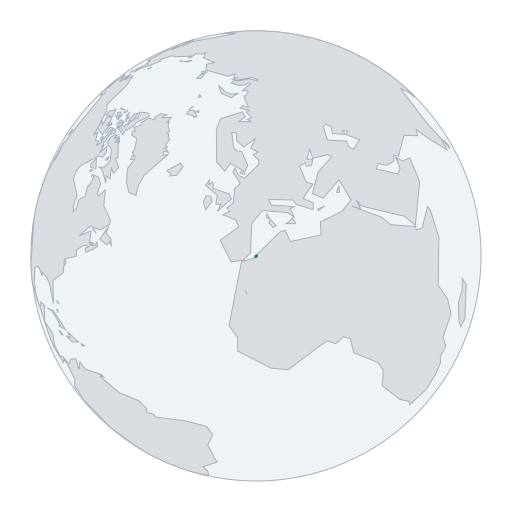 Aïn Témouchent highlighted on a globe, orthographic projection, rotated 331°
{"feature_id": "DZA-2144", "entity_name": "Aïn Témouchent", "entity_type": "Province", "adm_level": 1, "iso_a3": "DZA", "parent_name": "Algeria", "parent_adm1": "", "projection": "orthographic", "projection_center": [-1.072, 35.355], "detail": "fine", "context": "on_globe", "style": "filled", "palette": "green", "viewbox_px": 512, "rotation_deg": 331, "n_neighbors": 0, "source": "natural_earth", "source_scale": "10m", "svg_char_len": 9986}
<svg xmlns="http://www.w3.org/2000/svg" viewBox="0 0 512 512"><g transform="rotate(331 256 256)"><circle cx="256" cy="256" r="225" fill="#eef3f6" stroke="#a8b0b8"/><path d="M76.9,119.4L86.6,107.5L93.4,100.0L95.9,97.6L112.5,82.5L130.9,70.9L125.3,75.0L130.3,72.3L137.8,67.3L141.4,64.7L169.0,53.0L194.8,42.9L199.4,40.0L201.1,40.9L207.5,36.4L219.2,33.8L208.1,36.7L208.6,37.2L217.7,35.0L220.1,35.1L225.9,34.3L228.1,34.8L221.5,37.1L222.7,37.7L229.0,36.2L235.2,36.2L225.7,38.2L235.5,38.6L226.1,44.0L199.1,51.2L195.9,56.6L173.5,71.1L177.6,70.9L171.7,77.1L174.3,79.5L169.4,82.1L175.6,81.8L179.6,79.1L183.7,78.2L185.6,79.5L179.7,82.8L177.9,82.6L177.1,84.3L173.3,85.5L176.3,85.7L168.9,89.9L178.9,87.8L175.2,93.0L169.6,95.3L166.8,92.2L146.6,92.0L140.0,94.4L133.6,100.2L128.8,116.6L122.9,120.9L117.5,128.6L122.3,127.2L128.2,120.8L135.7,120.8L142.1,113.5L146.1,112.7L154.0,106.9L156.5,111.0L154.6,118.3L148.1,123.5L147.1,127.1L156.2,125.1L147.1,138.4L146.1,153.8L143.3,157.3L132.6,157.7L125.0,149.6L111.1,152.5L123.8,154.2L116.7,163.7L117.0,167.0L119.6,168.8L123.7,166.8L122.0,171.1L108.9,170.4L110.2,166.5L114.3,166.5L110.8,163.1L101.8,163.7L98.9,169.0L88.5,166.1L86.3,170.0L82.8,172.0L87.0,165.7L79.2,177.2L66.6,179.0L55.7,199.6L62.4,178.8L62.3,172.2L61.3,166.6L59.4,169.8L60.6,159.4L57.2,158.8L49.2,171.6L43.5,186.3L42.8,195.8L45.7,191.8L47.0,197.0L39.5,210.4L40.6,224.4L36.7,236.8L36.1,247.1L38.3,250.9L40.1,260.1L43.7,256.3L48.4,258.5L46.1,269.7L50.6,263.2L52.0,272.2L62.8,284.3L61.3,285.9L70.1,309.2L83.3,325.7L86.3,336.1L84.4,339.7L89.8,344.7L89.9,348.0L114.7,366.5L130.1,380.9L131.4,391.4L122.1,398.1L122.0,417.4L107.6,414.6L109.5,421.0L108.1,424.9L98.6,416.9L107.2,425.0L106.9,424.9L91.9,410.3L78.3,394.5L66.2,377.4L57.9,361.9L53.5,352.6L45.5,335.2L35.3,297.8L35.3,290.0L34.3,282.3L37.9,275.0L38.7,258.2L37.9,253.2L36.0,255.8L35.1,236.4L37.2,221.7L47.1,171.7L50.9,162.8L55.3,153.9L80.7,114.6L64.1,138.1L76.9,119.4ZM52.2,205.7L53.8,227.8L49.8,221.8L51.1,221.4L51.4,214.3L50.8,204.7L48.2,200.3L52.2,205.7ZM59.9,200.5L59.4,197.6L60.3,199.6L59.9,200.5ZM142.6,63.7L137.7,67.3L130.0,72.0L133.9,69.0L142.6,63.7ZM157.5,56.0L155.9,57.3L150.3,59.4L153.0,58.0L157.5,56.0ZM202.1,38.3L197.6,39.7L201.1,38.4L202.1,38.3ZM226.4,34.1L226.9,33.8L229.7,33.6L226.4,34.1ZM152.1,105.1L153.0,106.0L151.1,106.6L152.1,105.1ZM154.7,101.9L151.8,102.0L152.6,100.5L154.4,100.5L154.7,101.9ZM235.5,34.3L239.8,34.3L234.3,34.6L235.5,34.3ZM158.1,102.2L154.4,97.9L155.9,95.4L163.8,93.3L158.1,102.2ZM241.6,34.6L252.2,35.3L254.2,34.4L254.5,37.7L245.4,35.8L238.2,36.1L242.1,35.3L241.6,34.6ZM180.1,77.7L175.9,80.6L177.7,77.1L180.1,77.7ZM180.2,75.7L179.7,67.0L186.8,63.6L185.5,67.0L193.3,62.1L197.0,64.7L193.5,68.0L188.2,69.5L193.7,69.4L180.2,75.7ZM252.9,39.8L254.5,40.5L251.6,40.2L252.9,39.8ZM185.5,77.6L184.7,75.9L190.8,72.8L193.4,75.6L190.6,75.7L185.5,77.6ZM193.5,59.8L198.5,58.2L202.8,59.8L205.3,59.5L197.7,64.5L193.5,59.8ZM190.2,77.0L194.5,77.1L193.4,79.9L186.6,79.0L190.2,77.0ZM191.3,71.0L194.3,69.7L193.5,71.3L191.3,71.0ZM191.7,90.3L190.7,88.0L193.8,86.2L191.7,90.3ZM196.2,77.0L196.6,76.1L197.7,75.2L200.3,75.9L196.2,77.0ZM201.3,65.4L202.0,66.6L204.6,63.4L208.0,64.8L202.3,68.0L206.2,67.2L207.2,67.7L201.3,69.9L201.3,65.4ZM206.2,74.0L200.0,79.1L201.2,83.5L198.5,85.2L197.1,77.9L206.2,74.0ZM203.9,71.3L204.7,73.3L200.9,74.2L198.0,73.5L203.9,71.3ZM212.4,64.7L208.7,61.7L210.1,61.2L212.4,64.7ZM207.3,75.0L208.7,73.8L207.8,75.2L207.3,75.0ZM211.6,67.6L210.1,66.5L211.8,65.9L211.6,67.6ZM212.9,72.4L210.9,74.0L208.9,73.4L212.9,72.4ZM212.9,70.0L215.5,69.4L209.3,72.3L212.0,69.6L212.9,70.0ZM213.4,67.1L213.9,66.4L213.8,67.7L213.4,67.1ZM221.8,73.9L214.5,77.6L210.0,76.3L217.7,72.8L221.8,73.9ZM308.1,36.8L304.3,36.6L281.9,34.8L291.7,35.3L291.8,36.0L296.7,36.9L303.4,37.6L302.8,37.1L325.3,44.7L346.0,51.7L339.0,47.7L340.1,47.5L355.4,53.8L370.0,61.7L383.9,70.6L397.2,80.4L404.5,86.7L399.2,82.4L408.5,90.7L410.9,92.6L406.1,88.0L417.5,99.0L428.2,110.7L438.0,123.2L446.9,136.3L454.8,150.0L461.8,164.3L467.7,179.0L472.6,194.0L469.3,184.6L471.6,193.8L469.0,186.9L463.5,179.7L465.5,192.8L470.2,224.4L474.8,243.2L474.7,256.0L464.8,238.6L457.4,223.2L455.7,229.1L443.9,222.3L429.0,237.6L425.2,234.4L422.8,239.7L414.2,240.1L407.8,234.4L403.4,238.2L420.0,253.1L424.6,249.0L426.1,237.2L430.0,243.7L438.1,244.9L435.1,270.6L410.2,306.4L405.1,293.2L372.0,263.0L371.5,257.8L371.2,257.3L370.7,256.5L370.4,265.3L363.8,258.8L384.4,282.5L389.1,294.0L409.9,307.6L408.6,310.8L414.5,312.3L430.1,295.9L430.7,300.7L425.1,328.1L401.1,370.1L402.8,386.2L398.5,401.2L380.2,417.6L378.4,426.7L368.4,433.5L365.6,438.8L355.7,446.5L340.4,455.1L318.1,460.8L319.4,457.2L312.2,451.1L303.5,430.5L311.9,417.6L311.1,408.3L294.6,388.0L298.4,374.0L293.3,368.8L283.3,371.4L277.1,364.9L270.7,365.3L229.0,371.1L214.7,361.3L193.9,330.1L200.3,318.5L198.7,303.8L240.5,254.0L252.5,256.7L288.9,246.4L294.0,247.6L293.0,260.0L323.1,269.1L328.8,257.5L352.6,258.6L366.4,253.2L365.4,229.6L342.8,238.0L335.6,228.7L351.0,212.7L370.2,206.0L368.0,202.2L353.1,198.1L354.7,188.6L347.6,196.1L352.6,198.9L348.3,203.9L343.5,201.7L344.2,198.3L337.6,198.7L335.8,215.8L340.6,220.6L325.1,228.4L331.7,237.2L328.5,243.1L316.2,230.5L315.2,224.8L294.6,212.6L294.2,219.1L313.6,231.4L308.8,231.2L308.4,241.1L304.9,233.5L283.9,219.3L268.0,225.5L252.6,250.8L242.3,253.4L231.5,249.1L232.2,224.9L255.1,222.0L255.7,214.3L246.9,203.9L254.6,204.2L253.8,199.9L262.1,198.5L269.6,187.0L277.4,184.7L276.4,171.5L280.3,168.8L279.8,177.2L283.6,182.3L302.4,177.5L304.9,174.0L302.7,166.0L308.2,166.1L303.7,159.0L312.6,153.1L298.0,154.7L295.1,146.3L298.3,138.4L294.7,136.2L289.4,149.1L289.7,154.2L294.2,157.9L292.6,173.0L287.0,176.7L278.7,162.6L269.8,166.7L267.2,154.7L282.9,125.7L291.5,118.8L313.9,123.4L314.2,129.1L306.3,130.1L317.2,136.3L314.6,132.3L319.2,132.7L317.5,125.5L320.6,125.4L313.7,118.9L317.4,118.1L321.7,122.2L322.4,111.7L328.9,108.7L327.6,106.4L324.3,104.9L334.8,102.5L333.3,101.0L329.3,101.1L323.8,98.3L318.1,92.6L322.1,92.1L324.7,94.1L336.0,97.8L342.2,103.6L343.3,102.9L338.8,97.8L325.0,93.1L320.4,89.9L327.0,91.3L324.3,90.5L323.3,88.8L326.0,86.8L318.7,85.1L302.3,69.1L305.8,64.3L313.5,66.8L306.2,57.0L310.8,53.6L307.1,53.5L301.1,49.6L299.5,50.6L297.3,50.3L281.2,42.2L280.4,40.4L269.3,38.1L267.4,38.2L267.3,39.3L254.5,37.7L254.2,34.4L258.6,34.1L255.5,32.7L265.8,32.7L272.9,32.4L286.0,34.0L290.5,34.1L288.7,33.6L293.5,33.9L301.2,35.3L308.1,36.8ZM229.9,280.6L229.6,285.1L229.9,280.6ZM393.3,210.0L403.0,204.5L393.8,193.7L396.7,190.9L392.5,188.5L393.1,193.0L382.1,185.9L384.5,179.3L380.8,174.2L377.4,175.9L374.7,189.4L390.5,199.2L390.3,206.2L393.3,210.0ZM63.2,284.6L64.2,288.2L62.2,286.3L63.2,284.6ZM47.7,225.3L48.7,228.3L48.8,231.4L47.6,229.9L47.7,225.3ZM60.8,247.9L62.8,251.8L60.0,249.6L60.8,247.9ZM54.4,231.0L59.1,245.1L53.8,242.3L51.1,233.6L53.9,236.9L54.4,231.0ZM56.1,205.6L56.4,208.1L55.3,209.6L56.1,205.6ZM60.6,202.1L60.2,201.6L60.7,199.1L60.6,202.1ZM117.5,163.7L118.5,163.9L120.3,166.5L118.0,166.7L117.5,163.7ZM137.3,170.7L134.2,177.5L134.8,172.5L130.9,173.8L127.4,165.5L141.7,158.6L135.9,163.0L137.3,170.7ZM126.7,153.3L127.3,158.8L126.1,153.1L126.7,153.3ZM241.4,179.3L245.5,181.7L244.3,186.8L234.4,191.2L236.1,183.6L241.4,179.3ZM251.7,184.0L246.1,169.7L252.0,166.9L249.7,170.8L254.1,170.4L251.5,176.6L262.6,188.6L262.2,194.1L244.2,198.2L250.3,193.6L245.9,191.3L251.7,184.0ZM221.6,143.0L219.3,138.1L235.1,138.2L235.4,142.8L225.6,147.0L219.4,144.1L221.6,143.0ZM172.9,100.0L171.0,99.1L172.6,98.0L175.6,97.9L172.9,100.0ZM191.0,89.4L182.9,103.2L180.3,102.7L178.7,112.1L171.3,114.6L172.6,108.4L165.6,117.7L163.8,113.1L159.9,119.7L163.5,105.5L161.6,102.2L166.6,104.8L173.5,102.4L175.9,100.4L181.3,92.4L180.5,84.7L187.3,81.6L192.2,81.5L193.4,82.9L188.7,84.3L193.7,85.2L187.7,88.4L191.0,89.4ZM246.4,89.3L240.3,89.2L249.4,93.7L243.5,96.0L244.9,96.4L242.0,99.9L240.8,105.0L237.7,105.5L238.6,107.3L236.6,109.9L236.9,112.6L231.2,114.6L231.0,118.3L228.5,117.2L229.7,123.0L226.3,119.6L223.4,123.0L228.2,124.5L197.4,131.1L187.2,137.4L180.4,144.8L175.5,138.7L178.7,128.2L186.3,117.1L196.9,112.3L192.8,110.7L196.7,108.1L198.3,110.4L198.1,105.3L201.7,103.8L208.5,95.6L205.9,89.7L208.3,86.8L211.1,88.4L211.6,84.5L218.5,85.7L220.4,83.8L229.2,83.3L233.5,87.9L235.3,85.5L242.1,85.4L246.4,89.3ZM224.2,73.9L230.8,78.4L230.8,81.9L215.5,81.4L212.9,82.9L203.1,83.3L203.3,78.2L206.1,78.5L208.8,77.7L207.7,79.6L210.7,77.5L214.6,77.9L218.0,76.5L219.2,78.3L224.2,73.9ZM297.8,242.2L301.4,242.1L306.5,240.4L306.4,246.9L297.8,242.2ZM283.3,232.8L286.3,231.4L288.5,239.2L284.8,239.6L283.3,232.8ZM285.9,224.4L286.2,230.8L283.9,227.6L285.9,224.4ZM282.3,175.8L285.2,174.2L286.3,175.9L285.6,179.0L282.3,175.8ZM272.0,105.4L268.6,104.2L269.0,103.1L264.1,98.2L268.1,96.4L272.6,98.7L272.0,105.4ZM362.7,234.9L359.9,240.7L357.3,239.5L358.8,237.7L362.7,234.9ZM332.7,244.9L340.5,245.5L332.5,246.6L332.7,244.9ZM275.6,102.6L273.1,100.7L276.6,101.1L275.6,102.6ZM270.7,95.0L274.5,94.8L268.0,95.7L270.7,95.0ZM426.2,382.5L408.2,412.3L400.7,417.0L401.9,411.4L410.3,395.0L420.0,385.4L425.4,375.8L426.2,382.5ZM475.4,244.3L478.0,251.7L477.6,256.2L475.4,244.3ZM306.1,88.5L308.5,97.0L312.9,102.7L319.5,105.0L311.2,105.7L304.5,96.9L306.1,88.5ZM302.4,71.4L296.6,69.9L298.3,68.6L299.9,68.7L302.4,71.4ZM299.4,71.9L293.8,74.0L290.0,72.0L295.2,70.7L299.4,71.9ZM284.9,87.5L285.3,90.0L282.5,89.6L284.9,87.5ZM346.2,49.6L337.5,46.7L333.7,45.4L338.9,46.5L340.4,47.1L341.8,47.7L343.3,48.3L346.2,49.6ZM256.3,39.9L254.7,40.4L254.6,39.7L256.3,39.9ZM296.6,51.0L293.6,50.5L293.6,49.4L296.6,51.0ZM285.2,48.8L287.2,50.3L283.4,48.9L285.2,48.8ZM292.2,54.0L287.3,51.1L294.3,53.6L292.2,54.0Z" fill="#d9dde1" stroke="#a8b0b8" stroke-width="1"/><path d="M255.1,256.1L255.3,256.0L255.3,255.9L255.4,255.6L255.5,255.5L255.6,255.2L255.8,255.1L255.9,254.9L255.9,255.0L256.0,255.2L256.1,255.3L256.1,255.5L256.0,255.8L256.1,255.7L256.3,255.7L257.1,255.5L257.3,255.6L257.4,255.8L257.3,256.0L257.0,256.1L256.9,256.3L256.7,256.4L256.6,256.5L256.6,256.8L256.4,256.8L256.2,257.1L255.4,256.6L255.2,256.7L255.2,256.4L255.2,256.2L255.1,256.1Z" fill="#22c55e" stroke="#15803d" stroke-width="1.5"/></g></svg>